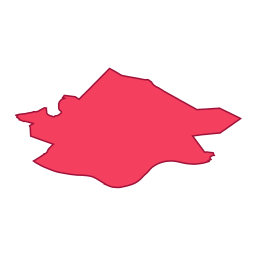 Wijk bij Duurstede, Utrecht, Netherlands
{"feature_id": "6326949B81496240199161", "entity_name": "Wijk bij Duurstede", "entity_type": "district", "adm_level": 2, "iso_a3": "NLD", "parent_name": "Netherlands", "parent_adm1": "Utrecht", "projection": "robinson", "projection_center": [5.33, 51.991], "detail": "fine", "context": "isolated", "style": "filled", "palette": "rose", "viewbox_px": 256, "rotation_deg": 0, "n_neighbors": 0, "source": "geoboundaries", "source_scale": "gbopen_adm2", "svg_char_len": 5464}
<svg xmlns="http://www.w3.org/2000/svg" viewBox="0 0 256 256"><path d="M209.0,161.4L208.7,160.9L208.4,160.5L209.3,160.2L210.8,159.6L211.0,159.5L211.1,159.4L210.9,159.2L210.5,159.0L210.3,158.8L210.1,158.4L210.0,158.2L210.0,157.9L210.0,157.7L210.1,157.4L210.2,157.2L210.3,157.0L210.5,156.8L210.7,156.6L211.1,156.3L211.6,156.0L212.2,155.7L212.6,155.5L213.2,155.4L213.6,155.3L214.2,155.3L213.2,153.4L213.2,152.8L211.7,152.6L211.3,152.5L210.8,152.5L209.7,152.5L209.3,152.4L208.3,152.2L207.7,152.1L206.9,152.0L206.6,152.0L206.0,152.1L204.6,152.2L198.5,143.9L192.6,136.0L194.5,135.7L197.5,135.3L199.6,135.0L201.7,134.7L204.1,134.5L212.0,133.7L216.4,133.3L218.9,133.1L219.8,133.0L220.0,133.0L221.4,132.0L222.1,131.5L222.9,130.9L225.1,129.5L227.8,127.5L229.5,126.4L230.7,125.5L231.9,124.7L233.4,123.6L234.0,123.2L234.5,122.8L236.0,121.7L236.8,121.2L237.3,120.9L238.7,119.9L239.7,119.1L240.2,118.9L240.6,118.5L237.8,117.1L237.4,116.9L234.7,115.6L230.8,113.7L229.1,112.8L228.8,112.7L225.1,110.9L223.8,110.3L223.0,109.9L220.3,108.6L219.8,108.4L219.5,108.3L219.3,108.3L219.2,108.2L219.1,108.3L218.8,108.3L218.6,108.3L214.7,108.5L207.7,109.0L204.7,109.2L203.9,109.2L197.3,109.6L197.0,109.6L196.9,109.6L196.6,109.5L195.5,108.8L192.8,107.3L191.1,106.4L189.7,105.6L187.0,104.1L185.4,103.2L184.8,102.9L184.5,102.7L183.4,102.1L183.1,101.9L182.7,101.7L182.1,101.4L179.9,100.2L176.3,98.1L175.3,97.6L172.7,96.1L171.2,95.3L167.8,93.4L166.2,92.5L164.9,91.7L163.8,91.2L163.4,90.9L163.0,90.7L162.8,90.5L162.3,90.2L161.9,89.9L160.0,88.8L159.0,88.2L158.7,87.9L156.5,86.9L155.9,86.6L155.3,86.2L154.2,85.4L153.9,85.1L153.6,84.9L153.3,84.6L153.0,84.3L152.3,83.4L152.0,82.9L151.4,82.0L151.1,81.7L150.9,81.6L150.4,81.3L149.7,80.8L148.9,80.2L148.2,79.8L148.0,79.7L147.8,79.7L147.5,79.7L146.7,79.7L144.5,79.7L143.9,79.6L143.5,79.5L141.8,79.2L137.8,78.4L131.5,77.3L130.3,77.1L129.9,77.0L129.1,76.9L125.5,76.2L122.2,75.5L121.9,75.5L121.7,75.4L121.2,75.2L120.3,74.6L120.0,74.5L119.7,74.3L118.5,73.5L117.4,72.9L114.9,71.4L112.1,69.9L109.6,68.5L109.2,68.8L106.4,71.7L105.5,72.6L101.8,76.3L100.7,77.5L100.2,77.9L98.9,79.3L96.8,81.4L93.7,84.5L90.2,88.1L86.9,91.4L84.8,93.5L84.4,93.9L82.5,95.7L79.7,98.6L79.0,99.3L77.9,98.5L77.5,98.3L75.4,96.9L75.2,96.8L74.8,96.7L72.1,96.4L71.5,96.3L64.3,95.4L63.0,97.2L62.7,97.6L63.2,97.8L63.7,98.0L64.1,98.1L64.6,98.4L63.7,98.6L63.2,98.7L62.4,99.0L62.2,99.1L61.8,99.3L61.6,99.5L61.4,99.7L60.9,100.1L60.5,100.5L60.3,100.8L59.8,101.4L59.5,101.7L59.3,102.3L59.0,102.8L59.0,103.0L58.8,103.6L58.7,104.4L58.7,105.2L58.7,107.0L58.7,107.3L58.9,108.6L58.9,109.0L59.2,109.5L59.3,109.7L59.5,110.0L59.9,110.4L60.4,110.7L60.6,110.9L61.2,111.4L61.3,111.5L61.3,111.8L61.3,112.4L61.2,112.7L61.2,112.8L61.1,113.0L60.6,113.4L60.2,113.7L59.9,114.1L59.6,114.3L59.2,114.6L57.3,115.6L57.1,115.7L56.9,115.8L55.4,115.8L55.1,115.9L54.9,116.0L54.7,116.3L54.6,116.5L54.3,116.7L54.2,116.8L53.4,116.7L53.1,116.7L52.8,116.6L52.5,116.6L52.4,116.5L52.1,116.2L51.9,116.1L51.2,116.0L50.4,115.8L49.6,115.5L49.0,115.2L47.9,114.6L47.6,114.3L47.3,114.0L46.8,113.1L46.6,112.6L46.6,112.3L46.6,112.0L46.6,111.3L46.4,109.4L46.3,109.1L46.3,108.7L46.3,108.4L46.4,108.1L44.5,107.8L39.7,110.3L38.6,111.0L37.8,111.4L36.3,111.7L35.9,111.8L35.5,111.8L34.4,111.7L34.1,111.7L33.6,111.7L33.4,111.8L32.2,112.3L31.6,112.5L29.7,112.8L27.1,113.2L26.6,113.4L25.8,113.6L25.1,113.7L22.7,113.9L22.0,114.1L21.1,114.1L19.6,114.3L19.1,114.4L18.3,114.6L17.2,114.9L15.4,115.3L17.5,115.8L16.8,117.2L18.5,118.3L18.6,118.5L19.6,119.2L19.3,119.7L22.2,120.8L23.9,121.4L24.0,121.3L24.3,121.2L24.5,121.3L25.8,121.4L26.7,121.7L27.6,121.9L28.1,122.0L29.5,122.5L33.2,123.4L33.4,123.4L33.4,123.5L33.2,123.7L32.8,123.9L29.6,125.7L29.9,126.5L30.2,127.3L30.3,128.4L30.3,128.8L30.5,130.6L30.4,130.7L30.4,131.5L30.6,134.1L30.7,136.1L39.9,139.4L48.6,142.5L53.3,144.2L53.0,144.4L52.4,145.1L51.7,145.8L51.4,146.0L50.5,147.1L49.1,148.4L48.9,148.6L48.7,148.8L48.6,149.0L48.3,149.3L48.1,149.9L47.7,150.7L47.1,151.8L47.0,152.1L46.9,152.4L46.7,152.5L46.2,153.0L44.8,153.8L44.7,153.8L44.8,153.9L43.6,154.7L42.0,155.6L41.8,155.9L41.7,155.8L40.4,156.8L39.3,157.5L38.2,158.1L37.9,158.3L37.7,158.5L36.3,159.3L35.6,159.8L33.5,161.0L35.1,162.2L36.4,163.0L37.9,163.8L39.5,164.7L41.1,165.6L42.7,166.4L44.3,167.1L46.0,167.8L48.2,168.7L50.0,169.4L51.8,170.1L54.5,171.1L56.2,171.6L58.0,172.1L59.9,172.5L61.6,172.8L65.6,173.5L67.8,173.9L71.0,174.4L72.8,174.6L74.6,174.8L76.5,175.0L78.5,175.1L82.3,175.2L84.2,175.4L86.1,175.5L88.3,175.8L89.8,176.1L91.6,176.5L93.3,177.1L94.9,177.8L96.4,178.6L98.0,179.6L99.3,180.4L101.0,181.4L102.7,182.5L104.8,183.7L104.5,184.0L109.8,186.3L112.1,187.0L114.3,187.3L118.6,187.5L121.0,187.2L126.0,186.1L128.3,185.5L130.7,184.8L131.8,184.4L133.1,183.9L133.6,183.7L135.5,182.8L136.3,182.3L137.7,181.4L138.2,181.0L139.3,180.1L140.1,179.5L141.9,177.7L143.2,176.3L144.1,175.4L147.2,172.6L149.3,170.2L151.0,168.3L151.4,168.0L151.8,167.5L153.3,166.4L154.1,165.9L155.3,165.2L155.9,164.8L156.8,164.3L157.9,163.8L158.6,163.4L159.4,163.2L160.9,162.6L162.2,162.2L163.0,162.0L164.1,161.7L165.6,161.4L167.0,161.2L168.6,161.1L169.7,161.0L171.0,161.0L172.6,161.0L173.2,161.1L174.1,161.1L174.6,161.2L175.5,161.3L176.7,161.5L177.3,161.6L178.8,161.9L182.2,162.7L184.1,163.1L185.0,163.3L186.9,163.6L188.9,163.8L189.9,163.9L191.9,164.0L193.0,164.1L194.4,164.1L196.1,164.0L197.0,163.9L197.7,163.9L199.0,163.7L199.9,163.6L201.7,163.3L202.5,163.2L203.9,162.9L205.8,162.4L206.5,162.2L207.6,161.8L209.0,161.4Z" fill="#f43f5e" stroke="#9f1239" stroke-width="1.5"/></svg>